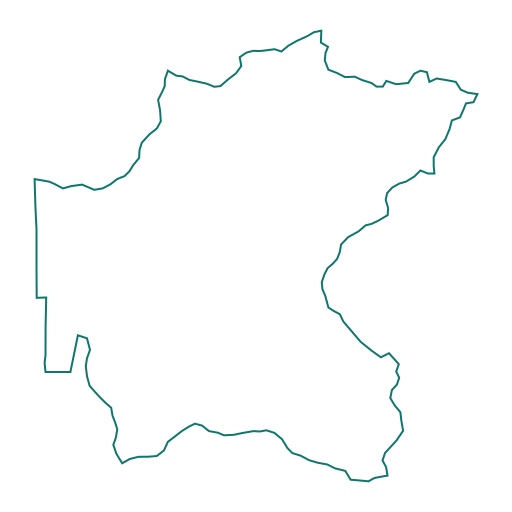 Urussanga, Santa Catarina, Brazil (Mercator projection)
{"feature_id": "56859067B50326719422970", "entity_name": "Urussanga", "entity_type": "district", "adm_level": 2, "iso_a3": "BRA", "parent_name": "Brazil", "parent_adm1": "Santa Catarina", "projection": "mercator", "projection_center": [-49.316, -28.492], "detail": "fine", "context": "isolated", "style": "outline", "palette": "teal", "viewbox_px": 512, "rotation_deg": 0, "n_neighbors": 0, "source": "geoboundaries", "source_scale": "gbopen_adm2", "svg_char_len": 2399}
<svg xmlns="http://www.w3.org/2000/svg" viewBox="0 0 512 512"><path d="M387.5,475.6L386.1,467.1L382.5,460.4L385.1,452.9L396.5,440.5L403.1,430.8L401.3,420.4L400.4,412.3L394.8,405.5L390.3,398.1L391.9,390.0L396.9,384.6L399.2,377.7L396.2,371.6L398.8,364.2L389.0,353.2L380.9,357.3L371.5,350.6L360.7,341.9L343.4,321.6L339.8,314.2L333.6,310.9L328.4,307.5L325.3,296.0L322.4,289.0L321.8,282.2L324.4,274.4L327.6,268.2L332.8,263.7L337.1,258.9L339.8,252.1L341.1,244.5L348.3,237.0L358.7,231.3L365.5,225.4L371.5,223.9L377.9,220.9L387.7,215.1L388.1,208.0L385.7,199.9L387.1,193.2L392.3,187.5L399.2,183.6L405.9,181.7L414.4,176.5L420.4,170.5L427.9,173.5L434.4,173.5L433.7,166.1L433.7,157.2L438.9,147.2L445.4,139.1L449.6,129.0L451.9,120.4L460.0,117.4L463.3,110.0L466.0,103.4L473.5,102.2L477.4,94.1L467.7,92.7L460.8,89.7L455.8,81.9L446.4,80.1L436.6,78.5L429.4,81.9L426.9,72.2L420.4,70.7L414.2,73.8L408.2,83.0L396.1,84.2L386.3,80.9L382.8,86.6L376.5,86.6L371.5,83.0L362.2,80.1L354.7,76.7L345.0,77.1L336.8,72.9L328.4,69.7L324.8,60.5L325.5,53.0L328.0,46.8L320.9,42.6L321.3,30.7L314.0,32.2L306.8,36.4L297.0,40.8L288.5,45.6L281.4,51.5L274.6,49.2L265.7,50.4L259.2,51.1L253.3,50.8L246.2,52.7L239.7,57.2L241.3,66.0L236.0,73.3L228.2,79.3L220.4,86.1L214.3,86.8L206.8,83.7L197.5,81.6L189.5,80.0L182.5,76.4L176.4,75.7L167.9,70.7L164.9,79.4L164.7,86.3L161.6,93.0L158.1,99.8L160.1,110.5L160.8,121.3L156.8,128.5L149.6,134.2L141.8,142.7L139.5,150.1L139.1,158.0L133.3,165.0L129.4,171.3L124.5,176.1L117.3,179.0L110.4,184.3L102.7,188.4L94.2,189.8L82.1,184.6L71.3,186.1L62.9,188.4L55.0,184.2L49.4,181.7L41.7,180.3L34.6,179.1L35.4,206.2L36.5,229.1L36.5,237.0L36.5,253.3L36.5,267.0L36.7,297.8L46.2,297.5L45.6,326.0L45.5,355.7L44.6,362.8L45.5,372.0L70.4,372.0L77.9,335.3L87.0,338.3L90.0,349.8L87.0,358.3L85.8,366.1L87.0,376.2L89.6,385.8L94.8,391.7L100.4,397.8L105.6,402.9L111.2,407.8L112.5,415.6L115.0,422.1L117.3,429.3L115.8,437.9L113.3,444.8L116.4,453.8L122.2,463.3L129.7,459.0L138.5,456.8L148.6,456.7L156.8,456.0L163.9,450.5L167.9,441.8L174.1,437.1L181.8,431.1L188.8,426.7L194.9,423.7L202.1,425.6L209.0,431.1L217.8,432.7L224.0,435.3L233.8,434.8L243.0,432.9L253.4,431.1L259.9,431.5L266.4,430.3L274.5,432.9L282.1,439.3L287.3,447.9L292.4,453.1L300.7,455.7L309.1,460.2L318.0,462.8L327.4,464.5L334.9,468.3L345.3,470.9L350.6,479.7L361.0,480.6L368.5,481.3L374.4,478.0L380.6,476.8L387.5,475.6Z" fill="none" stroke="#0f766e" stroke-width="2"/></svg>